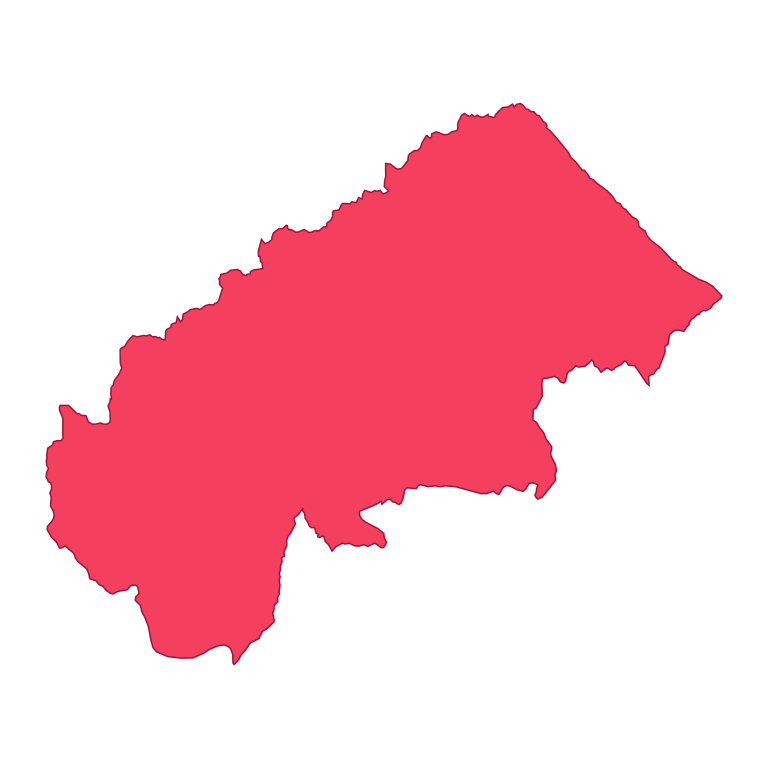 San Rafael, Antioquia, Colombia (Equal Earth projection)
{"feature_id": "7082276B22021388124839", "entity_name": "San Rafael", "entity_type": "district", "adm_level": 2, "iso_a3": "COL", "parent_name": "Colombia", "parent_adm1": "Antioquia", "projection": "equal_earth", "projection_center": [-75.014, 6.308], "detail": "fine", "context": "isolated", "style": "filled", "palette": "rose", "viewbox_px": 768, "rotation_deg": 0, "n_neighbors": 0, "source": "geoboundaries", "source_scale": "gbopen_adm2", "svg_char_len": 6079}
<svg xmlns="http://www.w3.org/2000/svg" viewBox="0 0 768 768"><path d="M721.9,295.9L712.1,285.8L705.8,282.0L699.0,279.4L682.0,269.5L679.8,266.4L677.2,265.3L676.4,262.3L674.3,261.7L671.4,259.4L661.3,248.4L651.4,240.7L647.3,236.2L645.3,231.3L639.4,227.1L638.6,225.3L638.4,221.6L636.3,219.0L632.2,217.0L625.6,209.4L623.1,208.2L620.0,203.5L616.4,202.5L612.7,196.6L607.5,191.1L596.5,182.9L593.5,179.8L589.5,178.3L588.7,175.7L584.4,170.3L582.2,170.3L576.2,162.4L570.9,157.3L568.3,152.3L557.5,139.2L550.0,130.6L546.8,128.3L546.8,125.1L546.0,123.5L543.5,121.6L539.1,115.7L536.7,115.1L533.8,111.6L530.7,111.7L528.4,109.4L526.1,109.0L522.7,104.9L520.4,103.5L516.7,104.3L514.2,107.0L512.4,104.1L508.2,107.0L502.6,107.5L495.8,114.2L494.9,116.6L493.7,117.5L488.4,116.2L488.0,114.4L483.6,117.2L479.9,116.8L477.4,115.1L474.8,116.8L471.9,114.6L469.5,116.5L464.2,113.5L461.7,115.3L458.4,121.7L457.6,124.8L457.9,129.3L456.5,130.7L451.8,131.8L448.1,134.4L443.9,134.7L436.2,131.8L431.7,133.9L431.5,137.0L430.5,138.1L429.1,137.9L427.2,135.6L426.3,135.6L421.9,143.1L420.5,147.7L417.3,150.6L414.1,150.7L409.4,154.1L408.4,155.8L407.8,160.6L401.4,168.6L398.0,169.1L396.0,168.6L390.2,164.0L385.6,163.5L385.7,176.6L384.6,180.9L384.3,186.7L388.6,190.6L387.3,192.1L383.5,193.8L381.8,192.9L380.2,190.3L377.2,191.3L374.7,190.7L371.2,192.5L364.7,190.4L362.7,194.4L362.2,198.9L358.6,197.6L356.3,202.5L351.8,201.9L350.1,203.8L342.9,203.4L341.5,204.6L339.0,209.9L333.3,210.9L332.6,212.7L332.6,216.4L330.6,220.4L327.0,223.1L326.4,226.9L323.5,226.9L318.8,230.9L315.1,230.5L311.9,232.1L309.0,232.5L304.2,229.5L298.3,232.0L295.8,232.2L291.7,229.8L288.8,229.7L287.8,228.3L287.4,225.7L286.1,225.3L282.3,228.8L278.6,228.9L273.4,233.0L272.0,237.0L271.8,239.6L268.7,242.2L265.0,243.7L261.5,239.4L258.6,249.8L258.3,252.7L258.6,256.4L260.0,256.6L260.5,261.5L262.0,262.6L262.7,268.6L253.1,270.1L250.5,271.7L250.0,274.1L247.3,274.2L246.0,275.5L242.6,274.6L240.4,270.9L237.3,269.5L230.6,270.3L226.9,273.1L220.8,274.4L220.1,277.6L218.9,278.7L219.6,280.8L219.5,284.2L222.6,288.1L218.5,301.1L217.2,302.6L214.6,303.5L213.8,304.9L209.2,304.6L205.4,305.6L200.1,309.5L197.0,308.3L189.9,309.8L188.4,311.4L183.2,314.1L182.5,319.5L180.6,321.7L177.4,316.7L176.2,322.4L171.4,324.4L170.7,327.5L167.1,329.2L165.9,330.6L165.1,339.9L162.0,339.4L159.7,337.4L158.3,337.9L155.5,336.6L152.5,336.9L149.7,334.7L146.4,336.0L144.0,335.4L137.2,336.8L132.9,335.6L127.8,341.1L124.7,346.5L121.1,348.2L120.1,349.8L120.3,363.4L121.8,368.0L118.9,374.2L114.4,380.4L113.2,384.9L111.1,387.7L110.8,394.0L111.5,398.7L111.3,399.4L110.3,398.9L109.9,402.4L108.0,405.8L110.0,412.0L110.2,420.2L109.7,422.6L106.7,424.2L103.4,424.1L100.6,422.9L95.8,424.1L92.1,424.1L88.4,421.8L85.9,415.6L81.5,415.4L79.6,414.0L76.7,413.4L68.6,405.4L60.2,405.4L59.4,407.1L59.5,410.2L62.9,418.5L62.8,434.9L63.2,437.5L61.1,440.8L57.3,440.6L53.5,441.7L52.6,444.9L47.7,448.2L46.7,455.2L47.0,457.8L46.3,460.6L46.7,465.3L48.5,468.1L46.5,472.9L46.1,476.6L48.4,481.8L50.6,482.6L51.5,485.7L51.5,489.1L49.8,493.1L51.2,496.9L50.5,505.7L53.3,511.2L54.1,514.9L53.6,517.9L52.1,521.0L47.5,526.3L47.2,529.7L51.5,537.3L56.5,542.2L59.6,548.1L61.8,547.9L65.2,545.8L73.3,553.0L74.7,555.1L75.3,558.0L77.9,561.5L86.7,568.9L88.8,573.8L89.7,578.7L96.1,580.9L99.1,584.7L102.7,586.1L106.3,590.5L110.2,593.2L113.0,594.0L117.8,591.4L127.5,589.7L130.0,586.2L131.4,585.4L135.9,585.1L137.4,586.4L139.0,592.5L138.4,594.4L135.6,597.0L135.3,600.4L140.2,605.1L142.0,612.1L145.0,617.6L148.5,626.8L151.0,640.6L153.0,647.7L156.7,651.9L167.8,656.6L181.4,658.1L193.2,657.9L204.3,652.9L209.7,649.2L218.5,645.7L224.3,644.9L228.3,646.6L230.6,648.6L232.7,654.4L233.0,662.9L234.1,664.5L239.0,659.3L240.8,655.2L245.2,650.5L250.3,643.0L258.8,638.7L262.4,631.5L267.5,628.3L273.8,622.1L274.3,620.5L272.8,613.8L274.1,608.9L273.9,606.7L276.1,603.1L277.7,602.0L277.6,597.1L279.5,593.9L279.1,592.3L280.0,585.2L279.2,580.1L280.1,577.1L279.2,573.1L280.3,570.6L280.4,566.2L282.1,561.4L281.6,557.8L284.3,556.2L284.0,552.0L286.8,545.6L286.7,540.5L287.3,538.1L288.5,535.6L290.5,533.5L295.2,524.3L295.2,522.5L293.8,519.5L294.2,517.7L298.3,514.6L302.9,508.2L302.6,510.6L304.4,513.2L305.3,518.4L307.8,522.2L309.3,526.0L311.3,527.7L314.0,527.6L314.8,528.2L316.1,533.3L318.3,533.9L317.7,535.9L318.1,537.2L319.4,537.6L322.4,536.1L323.8,536.5L325.1,541.3L328.6,544.8L332.1,551.2L335.8,546.8L342.6,543.1L345.0,544.0L349.3,543.3L354.9,545.9L359.0,546.1L363.8,544.8L367.9,546.3L374.9,543.1L381.4,547.8L383.4,547.6L385.3,545.3L386.5,542.2L384.2,537.4L383.8,533.5L378.1,528.7L366.2,522.5L362.0,519.4L359.8,515.9L359.4,513.1L359.9,511.1L373.6,505.5L379.1,502.7L380.2,501.3L381.1,501.5L381.9,504.2L387.0,499.8L389.2,499.1L390.4,499.3L392.5,501.8L395.1,502.2L397.6,504.0L399.4,504.3L401.0,503.3L402.9,499.0L404.9,489.5L407.2,487.8L416.3,488.7L418.4,485.4L420.6,484.7L427.8,486.6L435.4,485.8L439.8,486.8L445.2,485.8L455.9,486.8L481.0,493.6L486.4,493.6L493.6,491.1L496.9,493.9L499.0,494.4L503.2,487.4L506.3,485.7L510.0,486.0L516.8,489.6L523.1,491.4L525.6,489.3L529.1,483.4L532.6,482.9L536.1,483.8L538.1,485.3L536.6,488.2L536.2,492.5L535.0,494.5L535.4,496.5L537.8,499.0L542.1,497.2L555.2,480.8L555.6,478.4L554.8,475.3L556.5,470.7L555.4,464.4L551.0,456.0L550.7,453.5L551.8,447.9L551.3,446.2L546.1,439.0L543.7,432.8L539.4,427.4L536.7,422.6L532.9,420.1L533.4,409.4L536.0,408.3L542.3,396.1L541.9,384.2L542.5,379.2L544.4,378.1L546.0,378.4L554.6,376.4L557.6,377.9L560.4,381.9L563.7,383.1L565.5,381.4L567.4,373.1L568.3,371.9L572.3,369.7L575.8,365.6L578.6,367.1L584.8,366.3L588.5,363.5L591.5,360.0L593.6,361.9L594.3,365.8L597.8,367.6L601.1,372.3L606.2,368.2L607.9,368.2L611.5,370.4L614.1,369.0L615.0,367.6L621.4,364.5L623.5,361.8L625.0,361.1L626.6,362.1L628.5,365.2L634.9,365.8L646.8,383.5L649.1,385.4L648.6,376.8L649.9,375.3L653.7,373.9L657.3,368.7L659.0,368.2L665.1,352.2L664.9,346.6L668.1,344.2L669.7,334.3L675.1,330.3L679.0,330.1L684.0,331.4L686.9,326.6L688.9,325.1L689.5,322.2L691.9,318.9L693.7,318.0L696.9,314.8L699.2,314.2L700.6,312.0L703.7,310.3L705.6,310.9L710.4,308.3L713.3,304.2L720.7,298.5L721.9,295.9Z" fill="#f43f5e" stroke="#9f1239" stroke-width="1.5"/></svg>